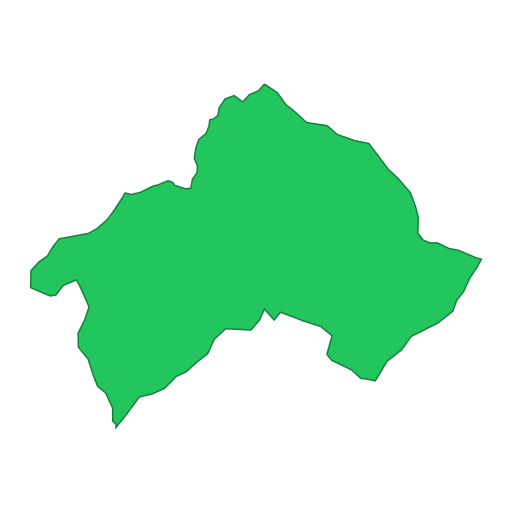 Pentalia, Paphos, Cyprus
{"feature_id": "46923920B72015155205628", "entity_name": "Pentalia", "entity_type": "district", "adm_level": 2, "iso_a3": "CYP", "parent_name": "Cyprus", "parent_adm1": "Paphos", "projection": "albers", "projection_center": [32.617, 34.847], "detail": "fine", "context": "isolated", "style": "filled", "palette": "green", "viewbox_px": 512, "rotation_deg": 0, "n_neighbors": 0, "source": "geoboundaries", "source_scale": "gbopen_adm2", "svg_char_len": 1565}
<svg xmlns="http://www.w3.org/2000/svg" viewBox="0 0 512 512"><path d="M125.1,192.9L122.6,197.3L114.2,210.2L107.4,219.5L96.9,228.7L88.4,233.4L72.8,236.3L59.3,238.8L53.0,246.5L47.4,256.0L39.1,261.8L30.9,270.7L30.9,276.5L30.7,287.6L38.8,291.1L50.1,296.0L55.9,295.0L63.3,285.3L76.5,279.8L81.0,288.6L89.1,307.0L84.5,320.3L78.1,333.2L78.4,347.2L88.1,359.1L93.6,376.3L97.7,386.3L105.8,393.1L112.6,408.0L112.7,421.2L116.0,424.1L116.0,427.5L125.8,415.2L139.3,397.0L152.5,393.8L164.5,388.3L176.4,376.3L186.1,371.8L197.4,361.7L207.7,353.7L214.1,339.4L225.7,328.7L250.9,330.0L259.6,320.0L264.4,309.0L274.1,320.0L280.5,312.2L303.4,320.9L320.8,326.5L324.1,329.2L332.1,335.8L326.9,354.3L331.8,360.4L351.4,369.8L361.1,378.6L364.3,378.6L373.0,380.4L375.3,380.8L386.9,361.4L401.7,349.7L411.1,336.5L413.6,335.2L426.5,328.7L437.7,323.1L452.7,311.3L456.8,300.1L463.4,292.0L470.0,277.7L477.0,267.4L481.3,259.2L476.1,257.8L458.4,250.3L448.7,248.4L437.5,242.9L429.7,242.9L423.0,240.0L417.8,232.9L418.4,217.6L415.5,206.6L410.4,192.7L398.1,178.5L388.1,169.1L377.5,154.9L368.8,143.5L354.6,140.6L337.2,134.5L327.2,125.7L306.6,122.5L293.4,110.5L286.0,104.7L277.3,92.7L265.2,84.5L265.1,85.2L263.8,84.7L258.5,90.8L249.6,94.5L242.7,101.9L234.0,95.6L225.0,99.0L219.1,107.9L217.9,115.4L213.5,118.9L209.7,119.9L209.0,126.1L206.1,133.5L198.8,139.5L195.8,148.0L194.3,158.5L197.5,165.9L197.0,172.7L192.4,179.4L190.7,188.4L185.0,188.7L174.5,185.3L172.6,182.4L168.1,180.7L158.3,184.8L153.2,186.1L146.3,189.4L140.4,192.4L131.1,194.5L125.1,192.9Z" fill="#22c55e" stroke="#15803d" stroke-width="1.5"/></svg>